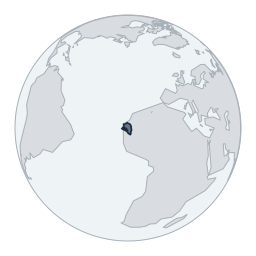 Senegal on an orthographic globe, rotated 36°
{"feature_id": "SEN", "entity_name": "Senegal", "entity_type": "country or territory", "adm_level": 0, "iso_a3": "SEN", "parent_name": "Africa", "parent_adm1": "", "projection": "orthographic", "projection_center": [-14.381, 14.503], "detail": "fine", "context": "on_globe", "style": "filled", "palette": "slate", "viewbox_px": 256, "rotation_deg": 36, "n_neighbors": 0, "source": "natural_earth", "source_scale": "50m", "svg_char_len": 10147}
<svg xmlns="http://www.w3.org/2000/svg" viewBox="0 0 256 256"><g transform="rotate(36 128 128)"><circle cx="128" cy="128" r="113" fill="#eef3f6" stroke="#a8b0b8"/><path d="M29.4,73.5L24.9,82.8L25.9,80.5L29.4,73.5ZM104.3,17.9L93.7,20.9L93.6,21.4L84.8,26.5L87.1,25.8L85.2,27.7L87.1,27.7L85.0,29.0L88.4,27.9L90.0,26.8L92.0,26.0L93.3,26.0L90.8,27.5L89.8,27.8L89.7,28.2L87.9,29.0L89.5,28.6L86.3,30.7L91.3,28.7L90.3,30.5L87.7,31.8L85.5,31.5L74.1,35.1L70.7,37.0L68.2,39.7L68.4,44.6L65.7,47.0L63.8,50.3L66.3,48.9L68.7,45.8L73.1,44.3L75.5,41.1L77.6,40.1L81.1,37.2L83.1,38.0L83.2,40.4L80.5,42.9L80.4,44.2L85.2,42.2L82.0,47.8L83.5,53.3L82.4,54.9L76.5,56.8L71.2,55.3L63.6,59.1L71.1,57.1L68.2,61.8L68.9,62.9L70.5,63.1L72.6,61.6L72.2,63.4L64.6,65.7L64.8,64.1L67.3,63.2L64.7,62.7L59.6,64.9L58.6,67.5L51.9,69.1L51.0,71.1L49.1,72.7L50.9,69.4L47.6,75.6L39.6,80.5L34.9,91.9L36.7,82.2L35.6,80.3L33.8,79.4L33.0,81.2L31.8,78.4L28.7,80.9L24.6,89.3L22.6,96.7L24.1,98.7L26.0,95.3L28.0,95.8L23.6,105.4L26.5,109.0L24.5,116.7L25.0,121.5L27.2,121.5L29.3,124.5L31.8,120.7L35.4,119.4L34.4,125.8L37.2,120.6L38.6,124.4L46.4,126.4L45.5,127.7L51.9,137.2L60.5,142.5L62.5,147.6L61.3,150.3L64.6,151.8L64.7,153.7L79.4,158.9L88.1,164.6L88.6,171.1L82.9,177.7L81.3,192.1L71.9,195.3L72.0,200.7L69.0,207.6L63.0,205.7L67.3,210.1L66.0,211.8L62.8,211.1L64.5,213.7L62.2,213.1L65.3,215.4L65.1,217.8L69.1,220.9L69.8,222.7L72.5,224.5L71.5,224.2L71.4,224.4L72.5,225.2L68.0,222.7L62.8,218.9L61.6,217.4L60.2,216.6L57.2,212.4L57.0,213.0L50.9,205.4L48.2,199.4L40.3,179.8L37.8,175.2L32.1,168.5L25.0,150.7L25.7,144.8L24.7,141.2L28.1,133.6L28.0,124.5L27.0,122.8L25.5,125.5L22.9,118.1L23.1,110.9L21.1,94.2L22.1,90.3L24.2,85.0L31.7,69.6L36.3,62.6L41.4,56.0L46.9,49.8L52.9,44.0L59.3,38.7L66.1,33.9L73.2,29.6L80.7,25.8L88.3,22.6L96.2,19.9L104.3,17.9ZM33.2,95.7L36.7,103.5L33.3,102.9L34.2,102.1L33.6,99.2L32.0,96.0L29.4,96.0L33.2,95.7ZM37.9,90.5L37.2,89.7L38.1,90.0L37.9,90.5ZM79.7,37.1L80.4,37.2L79.4,37.6L79.7,37.1ZM80.6,35.8L79.0,36.4L79.2,35.9L80.2,35.5L80.6,35.8ZM82.5,35.4L79.7,34.9L80.0,34.1L84.1,32.3L82.5,35.4ZM90.0,26.5L88.3,27.6L88.5,26.7L90.0,26.5ZM89.6,26.1L87.3,24.9L90.4,23.4L90.5,24.0L93.6,22.2L96.2,22.0L95.1,22.9L92.6,23.9L95.6,23.1L89.6,26.1ZM92.9,25.7L92.1,25.5L94.8,24.1L96.7,24.3L95.3,24.6L92.9,25.7ZM93.1,22.0L95.4,21.1L98.2,20.7L99.4,20.3L96.6,21.9L93.1,22.0ZM95.3,24.9L97.7,24.4L97.6,25.1L93.8,25.8L95.3,24.9ZM94.6,23.7L96.0,23.1L95.9,23.5L94.6,23.7ZM98.7,27.7L97.7,27.3L99.0,26.5L98.7,27.7ZM98.5,24.2L99.0,23.7L100.5,23.5L98.5,24.2ZM98.7,21.6L99.4,21.7L100.0,20.9L102.2,20.7L99.8,21.9L101.7,21.3L102.4,21.2L99.8,22.3L98.7,21.6ZM103.2,22.5L101.0,24.2L102.5,25.1L101.3,25.8L99.2,24.3L103.2,22.5ZM101.4,22.2L102.3,22.5L100.4,23.1L98.7,23.3L101.4,22.2ZM104.4,20.2L101.8,20.2L102.4,20.0L104.4,20.2ZM104.0,22.6L104.5,22.2L104.3,22.6L104.0,22.6ZM104.7,20.8L103.7,20.8L104.4,20.5L104.7,20.8ZM106.4,21.5L105.7,22.0L104.5,22.1L106.4,21.5ZM105.9,21.1L107.1,20.7L104.5,21.9L105.3,21.1L105.9,21.1ZM105.5,20.5L105.6,20.4L105.8,20.6L105.5,20.5ZM111.3,21.1L108.2,22.5L105.6,22.6L108.9,21.2L111.3,21.1ZM76.7,227.4L68.9,223.4L72.7,225.4L72.5,224.7L77.7,227.3L76.7,227.4ZM77.3,225.7L78.7,225.6L79.9,226.2L79.2,226.4L77.3,225.7ZM239.4,111.4L239.5,112.0L236.2,98.9L232.8,89.7L232.8,91.5L228.4,85.3L224.4,88.6L222.7,86.5L222.2,88.4L218.9,87.2L215.9,83.7L214.4,84.9L222.1,94.0L223.6,92.9L223.3,87.9L225.2,91.5L228.3,93.7L228.9,105.1L221.1,118.8L218.5,111.2L203.0,93.0L202.5,90.6L202.3,90.3L202.0,89.9L202.5,94.0L199.2,90.5L209.4,103.5L212.0,109.7L221.0,119.3L220.6,120.8L222.9,122.5L228.2,116.7L228.7,119.4L227.3,133.1L218.3,153.6L218.5,164.3L216.1,174.0L208.2,182.3L206.6,189.2L202.2,192.7L200.3,196.7L195.5,201.6L188.3,206.8L178.4,208.8L179.7,205.5L177.5,199.5L175.3,183.6L179.7,175.1L179.6,169.0L172.3,156.0L174.1,147.9L171.6,144.8L166.9,146.3L163.9,142.6L160.9,142.9L140.5,147.7L133.2,143.0L121.8,127.5L124.7,120.9L123.3,113.5L141.4,86.9L147.5,87.7L164.3,82.3L166.8,82.9L167.1,88.7L181.6,93.4L183.5,88.0L194.3,89.7L199.9,88.0L197.8,77.3L188.5,79.7L184.5,75.2L190.1,69.1L197.8,67.5L196.6,65.8L189.7,63.0L189.4,59.3L187.1,61.9L189.5,63.3L188.1,65.2L185.8,64.0L185.8,62.6L182.9,62.5L183.6,69.6L186.1,71.9L179.7,74.7L183.4,78.9L182.4,81.4L175.8,75.4L174.9,72.9L164.3,67.4L164.7,70.2L174.7,75.8L172.5,75.6L173.0,80.0L170.8,76.6L159.8,70.3L152.7,73.2L147.1,85.0L142.3,86.5L136.6,85.0L135.2,74.1L146.2,72.0L145.8,68.6L140.6,64.4L144.4,64.3L143.7,62.5L147.6,61.7L150.1,56.8L153.6,55.8L151.8,50.5L153.4,49.4L154.0,52.8L156.3,54.8L164.7,52.9L165.5,51.5L163.6,48.4L166.2,48.5L163.3,45.8L166.7,43.8L160.1,44.1L157.8,41.0L158.3,38.2L156.4,37.4L155.5,42.0L156.2,43.8L158.7,45.3L159.7,51.1L157.4,52.5L151.9,47.1L148.1,48.7L145.6,44.2L149.5,33.8L152.6,31.5L163.6,33.4L164.5,35.3L161.0,35.4L166.8,37.9L165.1,36.4L167.2,36.7L165.5,34.2L166.9,34.3L162.8,32.0L164.4,31.8L166.9,33.3L165.7,30.1L168.1,29.5L167.2,28.8L165.5,28.2L169.7,28.1L168.8,27.6L167.1,27.4L164.2,26.3L160.7,24.5L162.4,24.6L163.8,25.2L169.4,27.0L173.1,29.0L173.4,28.9L170.6,27.2L163.8,25.0L161.2,23.9L164.4,24.7L163.0,24.3L162.3,23.8L163.1,23.5L159.6,22.7L149.0,18.6L149.5,18.0L153.5,18.8L147.9,17.2L148.4,17.2L156.4,19.0L164.3,21.4L172.0,24.3L179.4,27.8L186.6,31.8L193.5,36.3L200.0,41.4L206.1,46.8L211.8,52.7L217.1,59.1L221.9,65.7L226.2,72.8L229.9,80.1L233.2,87.6L235.8,95.4L237.9,103.4L239.4,111.4ZM137.8,100.0L137.9,102.2L137.8,100.0ZM207.9,71.4L211.4,70.4L206.6,64.9L207.5,64.1L205.5,62.7L206.2,64.5L200.9,60.5L201.2,58.2L199.1,55.8L197.9,56.1L198.2,61.1L205.8,66.7L206.4,69.5L207.9,71.4ZM46.7,126.4L47.5,128.0L46.1,127.6L46.7,126.4ZM32.1,105.3L33.2,105.9L33.5,107.2L32.5,107.1L32.1,105.3ZM43.0,109.6L44.6,110.7L42.6,110.6L43.0,109.6ZM37.4,104.6L41.7,108.9L37.9,109.7L35.3,107.0L37.5,107.3L37.4,104.6ZM35.9,93.9L36.4,94.7L35.8,95.7L35.9,93.9ZM38.6,90.8L38.2,90.8L38.3,89.7L38.6,90.8ZM68.7,61.6L69.3,61.5L70.7,62.1L69.4,62.6L68.7,61.6ZM80.6,60.7L79.7,63.8L79.5,61.8L77.5,62.9L74.6,60.5L81.7,55.6L79.0,58.1L80.6,60.7ZM72.7,56.2L73.7,58.1L72.3,56.3L72.7,56.2ZM135.6,54.5L137.9,55.3L137.8,57.5L133.3,59.7L133.4,56.5L135.6,54.5ZM141.1,56.1L137.0,50.6L139.6,49.3L138.8,50.9L141.0,50.6L140.3,53.1L146.9,57.6L147.2,59.9L138.8,62.1L141.4,60.0L139.0,59.2L141.1,56.1ZM121.7,41.7L120.0,40.2L127.9,39.3L128.6,40.9L124.3,43.0L120.8,42.3L121.7,41.7ZM90.3,32.6L89.1,32.6L89.8,32.1L91.4,31.7L90.3,32.6ZM98.1,27.6L96.2,32.2L94.8,32.3L95.4,35.2L91.8,36.9L91.5,34.9L89.2,38.6L87.5,37.5L86.4,40.0L86.1,35.4L84.5,34.8L87.6,34.7L91.0,33.1L92.0,32.3L93.5,29.5L91.6,27.8L94.7,26.3L97.3,25.6L98.2,25.8L96.0,26.7L98.8,26.3L96.2,27.7L98.1,27.6ZM126.4,23.4L123.4,23.6L128.6,24.5L126.1,25.3L126.9,25.4L126.0,26.5L126.2,28.1L124.7,28.4L125.4,28.9L124.8,29.8L125.3,30.6L122.8,31.5L123.3,32.7L121.8,32.5L123.2,34.4L121.1,33.4L120.1,34.7L122.7,34.9L107.9,39.4L103.4,42.5L100.8,45.8L97.4,44.2L97.7,40.3L100.2,35.9L105.0,33.4L102.6,33.3L104.2,32.1L105.4,32.7L104.5,31.1L106.2,30.4L108.4,27.5L106.0,26.1L106.8,25.2L108.5,25.3L108.0,24.3L111.8,24.1L112.4,23.4L116.8,22.7L119.8,23.6L120.3,22.9L123.6,22.5L126.4,23.4ZM112.5,20.9L116.7,21.4L117.4,22.3L109.5,23.2L108.4,23.8L103.4,24.8L102.5,23.7L104.0,23.5L105.3,23.0L105.1,23.5L106.2,22.8L108.3,22.6L109.8,22.0L110.8,22.2L112.5,20.9ZM168.2,80.5L169.8,80.4L172.1,79.7L172.5,82.7L168.2,80.5ZM160.6,76.2L161.9,75.6L163.6,79.1L161.9,79.3L160.6,76.2ZM161.2,72.5L161.9,75.3L160.5,73.9L161.2,72.5ZM155.1,52.2L156.3,51.5L157.0,52.2L156.9,53.4L155.1,52.2ZM141.4,27.3L139.6,27.0L139.6,26.7L136.5,25.3L138.1,24.8L140.7,25.3L141.4,27.3ZM197.0,79.5L196.2,81.9L195.0,81.1L195.5,80.4L197.0,79.5ZM184.4,82.4L188.0,83.0L184.5,83.2L184.4,82.4ZM142.7,26.5L141.2,25.9L142.9,26.0L142.7,26.5ZM139.2,24.3L141.0,24.2L138.0,24.5L139.2,24.3ZM226.4,168.2L217.7,186.2L215.0,187.5L216.2,182.9L220.5,172.5L224.3,168.3L226.7,163.0L226.4,168.2ZM154.6,23.0L157.1,25.3L160.0,27.0L163.4,28.0L159.7,27.8L155.3,25.1L154.6,23.0ZM149.6,19.0L146.6,18.5L147.1,18.3L147.9,18.4L149.6,19.0ZM148.3,19.0L146.2,19.2L144.1,18.7L146.2,18.6L148.3,19.0ZM144.6,22.2L145.2,22.9L143.8,22.8L144.6,22.2ZM136.7,15.7L137.6,15.8L135.4,15.6L135.6,15.6L136.7,15.7ZM140.9,16.2L137.9,15.8L141.7,16.2L140.9,16.2Z" fill="#d9dde1" stroke="#a8b0b8" stroke-width="1"/><path d="M132.0,127.4L132.2,127.7L132.1,127.8L132.1,128.1L132.3,128.3L132.5,128.6L132.5,128.8L132.5,129.0L132.6,129.3L132.5,129.5L132.4,129.7L132.6,129.9L132.8,130.1L132.9,130.3L133.0,130.2L133.4,130.4L133.4,130.5L133.5,130.7L133.6,130.9L133.7,131.0L133.7,131.4L133.6,131.7L133.6,131.8L133.8,131.9L133.7,132.1L133.4,132.0L132.9,132.1L132.5,132.1L132.3,132.2L132.0,132.3L131.8,132.2L131.7,132.2L131.4,132.1L131.2,132.1L130.9,131.9L130.7,131.9L130.6,132.0L130.5,131.9L130.5,131.7L130.4,131.7L130.2,131.7L129.9,131.6L129.2,131.6L128.6,131.6L128.1,131.6L127.4,131.6L126.9,131.6L126.4,131.6L126.1,131.8L125.7,132.0L125.2,132.1L124.6,132.0L124.4,132.0L124.2,132.1L123.9,132.2L123.6,132.2L123.4,132.0L123.4,131.9L123.6,131.8L123.8,131.7L124.0,131.8L124.0,131.7L123.8,131.6L123.7,131.5L123.4,131.7L123.4,131.2L123.4,130.8L123.6,130.7L124.1,130.6L124.5,130.6L124.8,130.6L125.2,130.6L125.3,130.3L125.6,130.2L125.9,130.2L126.3,130.2L126.5,129.9L126.8,129.9L126.9,130.0L127.1,130.1L127.4,130.3L127.9,130.4L128.3,130.5L128.7,130.4L129.0,130.3L129.1,130.2L128.8,129.9L128.4,129.9L128.2,130.0L127.8,129.9L127.6,129.7L127.3,129.6L126.9,129.4L126.6,129.4L126.3,129.4L126.0,129.5L125.8,129.8L125.5,129.8L124.9,129.8L124.3,129.8L123.8,129.8L123.8,129.6L123.7,129.4L123.4,129.2L123.5,129.0L123.7,128.9L123.5,129.0L123.4,129.0L123.4,128.8L123.2,128.6L123.1,128.2L122.9,128.0L122.7,127.7L122.4,127.5L122.2,127.5L122.2,127.4L122.7,127.1L123.3,126.4L123.9,125.6L123.9,125.4L124.0,125.2L124.0,124.8L124.1,124.6L124.3,124.4L124.4,124.2L124.5,124.0L124.8,124.0L125.0,124.1L125.4,124.1L125.7,124.1L125.9,124.0L126.1,123.9L126.4,123.9L126.6,123.9L126.8,123.8L126.9,123.7L127.0,123.8L127.7,123.8L128.2,123.9L128.6,124.2L128.8,124.4L128.8,124.6L129.0,124.8L129.2,124.7L129.3,124.7L129.3,124.8L129.6,124.8L129.8,124.9L130.0,125.1L130.0,125.3L130.1,125.6L130.2,125.8L130.3,125.8L130.4,126.0L130.5,126.0L130.9,126.3L130.9,126.5L131.0,126.6L131.1,126.8L131.3,126.9L131.5,126.9L131.6,127.1L131.9,127.4L132.0,127.4Z" fill="#64748b" stroke="#1e293b" stroke-width="1.5"/></g></svg>